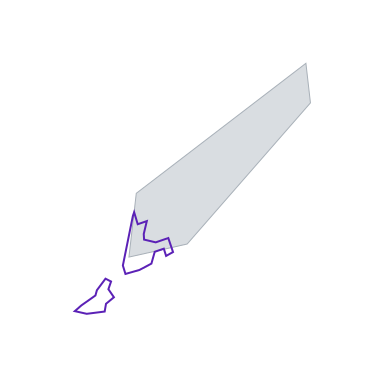 where East End sits in Anguilla, rotated 161°
{"feature_id": "AIA-5115", "entity_name": "East End", "entity_type": "District", "adm_level": 1, "iso_a3": "AIA", "parent_name": "Anguilla", "parent_adm1": "", "projection": "mercator", "projection_center": [-62.977, 18.266], "detail": "fine", "context": "in_parent", "style": "outline", "palette": "violet", "viewbox_px": 384, "rotation_deg": 161, "n_neighbors": 0, "source": "natural_earth", "source_scale": "10m", "svg_char_len": 647}
<svg xmlns="http://www.w3.org/2000/svg" viewBox="0 0 384 384"><g transform="rotate(161 192 192)"><path d="M245.1,208.9L42.4,276.6L51.0,237.7L213.5,144.4L272.8,151.0L245.1,208.9Z" fill="#d9dde1" stroke="#a8b0b8" stroke-width="1"/><path d="M229.5,141.4L237.3,140.0L237.1,147.6L246.7,147.6L253.7,137.5L267.1,135.4L281.6,136.2L281.3,145.0L255.7,188.6L253.3,191.7L253.8,179.2L244.2,179.2L251.3,168.0L252.8,162.6L242.7,156.2L229.4,156.2L229.5,141.4ZM300.1,117.9L309.7,114.3L313.5,107.4L331.2,111.1L341.6,117.5L333.5,120.8L317.0,125.6L313.9,130.1L302.0,138.2L297.7,133.7L302.7,127.3L300.1,117.9Z" fill="none" stroke="#5b21b6" stroke-width="2"/></g></svg>